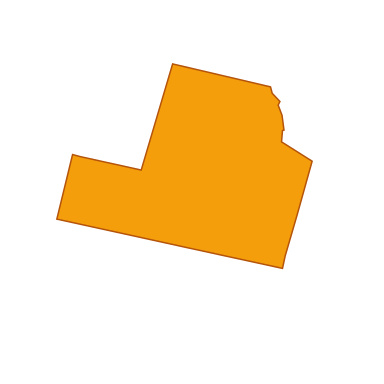 the district of Karnes, Texas, United States of America, rotated 234°
{"feature_id": "52423323B141370106049", "entity_name": "Karnes", "entity_type": "district", "adm_level": 2, "iso_a3": "USA", "parent_name": "United States of America", "parent_adm1": "Texas", "projection": "natural_earth1", "projection_center": [-97.881, 28.945], "detail": "fine", "context": "isolated", "style": "filled", "palette": "amber", "viewbox_px": 384, "rotation_deg": 234, "n_neighbors": 0, "source": "geoboundaries", "source_scale": "gbopen_adm2", "svg_char_len": 395}
<svg xmlns="http://www.w3.org/2000/svg" viewBox="0 0 384 384"><g transform="rotate(234 192 192)"><path d="M77.0,220.3L85.5,229.8L111.6,263.5L146.3,307.3L179.9,293.9L188.6,301.4L188.0,302.8L201.1,309.9L211.7,312.8L213.5,316.3L224.7,314.9L230.9,317.3L307.0,251.6L239.6,163.8L286.2,122.5L292.5,117.4L249.5,66.7L150.0,155.2L77.0,220.3Z" fill="#f59e0b" stroke="#b45309" stroke-width="1.5"/></g></svg>